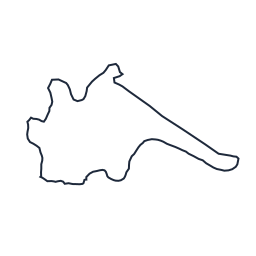 outline of Bilasuvar District, Biləsuvar, Azerbaijan, rotated 166°
{"feature_id": "54616110B16304773097912", "entity_name": "Bilasuvar District", "entity_type": "district", "adm_level": 2, "iso_a3": "AZE", "parent_name": "Azerbaijan", "parent_adm1": "Biləsuvar", "projection": "mercator", "projection_center": [48.464, 39.544], "detail": "fine", "context": "isolated", "style": "outline", "palette": "slate", "viewbox_px": 256, "rotation_deg": 166, "n_neighbors": 0, "source": "geoboundaries", "source_scale": "gbopen_adm2", "svg_char_len": 1981}
<svg xmlns="http://www.w3.org/2000/svg" viewBox="0 0 256 256"><g transform="rotate(166 128 128)"><path d="M224.8,101.8L223.5,100.8L222.5,99.8L220.9,98.0L219.2,96.0L219.1,95.9L215.0,95.0L212.8,94.1L211.3,93.3L209.0,93.3L206.0,93.0L203.9,91.6L202.9,89.2L199.0,88.8L196.3,87.5L194.9,86.9L192.2,86.2L188.4,85.1L185.6,84.8L184.6,85.2L182.8,88.2L181.1,88.2L180.9,88.1L180.3,90.5L176.3,93.0L172.5,94.0L168.6,93.8L165.5,93.8L162.8,93.5L161.0,92.6L160.1,90.9L159.8,88.5L159.7,86.2L159.0,84.8L156.7,82.6L154.5,80.9L152.7,79.9L150.1,79.1L147.6,79.0L144.3,80.0L142.7,81.6L141.5,83.3L140.3,85.4L138.4,87.1L137.0,88.3L136.1,91.3L136.1,91.5L134.8,95.2L133.2,97.2L131.2,99.7L128.3,101.3L125.6,103.9L122.6,106.7L120.1,108.6L117.2,109.9L115.4,111.3L111.8,111.6L107.6,111.4L104.0,110.2L101.8,109.3L99.3,107.8L97.0,106.1L94.1,103.3L91.7,101.6L89.8,100.3L86.6,98.1L83.1,95.4L80.6,93.3L77.5,91.1L75.4,88.4L71.1,84.8L66.9,80.9L63.3,78.6L60.7,74.9L57.1,71.4L54.7,69.0L51.7,66.7L47.7,64.8L44.9,63.3L40.8,62.6L36.8,62.8L32.8,64.3L30.7,66.3L28.2,71.6L29.7,73.9L32.7,75.0L34.5,76.0L35.0,76.3L46.3,81.1L57.1,93.5L75.4,113.6L92.0,131.3L101.6,144.1L118.2,163.4L121.3,167.2L123.3,169.7L126.1,172.3L130.1,175.4L129.6,179.9L123.6,180.3L120.3,181.6L122.3,184.2L122.6,190.1L124.3,193.1L131.5,193.4L135.6,189.6L138.5,187.5L142.9,186.1L148.0,183.7L151.7,181.7L157.9,177.1L159.2,173.8L161.7,169.3L164.2,166.8L166.1,166.3L170.5,166.3L173.9,168.8L175.1,174.5L175.1,179.6L176.0,184.2L177.1,186.6L180.2,189.1L183.7,191.9L190.1,193.2L192.8,189.6L195.9,186.1L194.8,181.1L194.9,175.8L195.1,171.9L196.6,168.9L199.3,166.6L200.2,163.5L202.5,160.7L205.5,156.8L208.1,154.5L210.2,155.6L212.2,157.6L214.6,158.9L217.7,159.9L219.6,161.5L222.1,159.5L224.1,158.4L224.1,155.5L224.8,152.1L226.4,148.7L227.4,146.1L227.8,142.0L226.5,138.1L223.7,135.7L221.0,132.9L218.8,130.1L218.8,125.5L218.3,122.0L218.3,119.7L219.1,117.1L220.9,113.8L222.0,109.4L223.1,106.1L223.9,102.4L224.8,101.8Z" fill="none" stroke="#1e293b" stroke-width="2"/></g></svg>